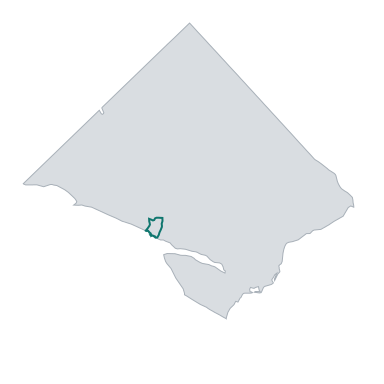 Safaga, Al Bahr al Ahmar, Egypt (highlighted), rotated 136°
{"feature_id": "37247803B18851026884182", "entity_name": "Safaga", "entity_type": "district", "adm_level": 2, "iso_a3": "EGY", "parent_name": "Egypt", "parent_adm1": "Al Bahr al Ahmar", "projection": "equal_earth", "projection_center": [33.857, 26.735], "detail": "fine", "context": "in_parent", "style": "outline", "palette": "teal", "viewbox_px": 384, "rotation_deg": 136, "n_neighbors": 0, "source": "geoboundaries", "source_scale": "gbopen_adm2", "svg_char_len": 4387}
<svg xmlns="http://www.w3.org/2000/svg" viewBox="0 0 384 384"><g transform="rotate(136 192 192)"><path d="M307.6,315.2L301.2,315.2L294.8,315.2L288.4,315.2L282.1,315.2L275.7,315.2L269.3,315.2L262.9,315.2L256.6,315.2L250.2,315.2L243.8,315.2L237.4,315.2L231.0,315.2L224.7,315.2L218.3,315.2L211.9,315.2L205.5,315.2L201.9,315.2L202.5,312.9L202.9,311.3L202.5,310.1L201.3,309.9L200.4,310.2L198.5,315.1L197.5,315.3L195.2,315.3L187.8,315.3L180.4,315.3L173.0,315.3L165.5,315.3L158.1,315.3L150.7,315.3L143.3,315.3L135.8,315.3L128.4,315.3L121.0,315.3L113.6,315.3L106.1,315.3L98.7,315.2L91.3,315.2L83.8,315.2L76.4,315.2L76.5,309.4L76.7,303.5L76.8,297.7L76.9,291.9L77.1,286.0L77.2,280.2L77.3,274.4L77.5,268.6L77.6,262.8L77.8,256.9L77.9,251.1L78.0,245.4L78.2,239.6L78.3,233.8L78.5,228.0L78.6,222.2L78.8,216.5L78.9,210.7L79.1,205.0L79.2,199.2L79.4,193.5L79.5,187.7L79.7,182.0L79.8,176.3L80.0,170.6L80.1,164.8L80.3,159.1L80.5,153.4L80.6,147.8L80.8,142.1L80.9,136.4L81.1,130.7L81.0,129.7L80.0,125.8L79.2,120.9L78.4,114.9L78.3,113.0L76.8,106.8L76.7,105.1L77.1,103.8L80.1,98.6L81.1,96.1L81.9,93.1L82.2,90.6L81.5,86.9L80.6,83.5L80.4,80.1L80.4,76.7L81.9,74.4L83.7,72.2L84.4,70.9L85.5,69.4L86.2,68.7L87.5,71.7L90.4,72.3L100.1,69.6L110.5,72.3L116.3,73.3L125.3,75.6L130.6,79.8L132.1,80.3L136.0,80.2L138.6,82.6L148.8,83.8L154.2,86.5L157.3,88.6L159.2,89.3L160.8,89.2L163.1,88.4L165.9,86.9L169.0,84.8L175.4,79.4L177.7,78.4L179.1,78.7L180.9,78.6L181.7,77.2L182.6,76.2L183.2,75.0L184.2,73.6L187.5,73.3L194.1,70.9L193.4,72.0L187.3,74.7L189.9,75.0L192.5,74.1L195.5,73.5L196.1,72.4L196.5,70.3L197.1,70.0L199.2,70.4L205.3,73.6L206.9,73.7L211.2,71.9L212.2,71.6L213.6,72.5L216.8,76.6L215.6,76.5L212.2,73.0L211.9,74.7L209.9,77.8L212.4,79.1L214.3,79.6L215.4,81.2L216.1,82.7L218.0,82.1L219.5,80.0L218.7,78.9L218.3,77.7L218.9,77.7L220.3,78.7L224.2,82.5L225.5,83.3L227.0,83.2L230.2,82.1L231.1,82.3L235.4,80.9L235.9,81.9L236.6,83.0L240.0,81.8L245.4,81.8L249.8,80.5L255.0,77.5L255.4,77.0L255.6,77.8L256.3,79.9L257.8,85.2L259.2,89.4L260.9,95.2L261.4,97.4L261.6,98.9L264.1,105.3L265.5,110.6L266.6,114.8L268.1,121.1L268.8,123.3L267.7,124.4L265.6,128.5L263.4,141.4L260.2,151.6L259.8,157.9L259.3,160.2L257.8,163.5L255.9,166.6L252.6,165.0L247.1,159.4L244.0,154.2L240.6,150.8L237.4,146.2L236.6,143.0L236.6,140.9L235.2,135.9L234.2,133.5L230.3,128.1L229.2,125.2L228.4,124.0L227.5,122.2L226.2,115.2L224.6,110.8L222.9,112.0L223.2,113.9L221.7,116.4L220.7,119.4L221.4,121.8L224.6,125.6L225.2,127.2L225.9,130.7L225.8,135.5L226.3,137.1L228.7,140.7L229.5,142.8L230.0,144.7L230.8,146.3L233.2,149.4L236.5,155.4L239.8,159.4L242.1,161.3L243.1,163.2L243.3,168.2L243.1,170.6L245.2,175.1L245.9,177.4L247.9,179.3L248.8,181.4L249.7,184.8L250.9,195.1L252.7,197.6L258.0,211.1L262.6,219.6L264.8,226.0L268.1,233.8L274.8,250.9L278.7,256.2L280.3,259.2L283.1,261.5L286.2,264.8L283.3,264.5L282.5,264.7L281.5,265.2L281.0,267.3L280.8,268.9L281.2,277.6L282.0,282.1L284.7,290.5L286.6,293.0L287.5,294.7L288.9,295.9L295.0,298.8L298.6,304.9L306.7,312.6L307.6,314.7L307.6,315.2Z" fill="#d9dde1" stroke="#a8b0b8" stroke-width="1"/><path d="M231.3,193.9L232.9,195.6L234.1,196.9L235.5,198.2L236.9,198.7L237.0,198.7L238.6,198.1L239.9,198.7L240.5,200.4L241.5,202.5L243.3,200.4L243.9,199.2L244.9,197.8L246.1,197.3L248.9,196.7L252.2,196.3L252.2,196.2L251.9,195.8L251.7,195.7L251.6,195.4L251.4,195.4L251.3,195.2L251.2,195.1L250.9,195.0L250.7,194.9L250.7,194.7L250.5,194.4L250.5,194.2L250.6,193.9L250.6,193.4L250.7,193.1L250.6,192.8L250.7,192.6L250.8,192.6L250.9,192.4L250.8,192.2L250.7,192.1L250.6,191.7L250.5,191.4L250.8,191.1L250.8,190.9L250.7,190.8L250.7,190.6L250.8,190.5L250.8,190.3L250.9,190.2L251.0,190.2L251.1,189.8L251.1,189.7L251.3,189.7L251.3,189.8L251.5,190.0L251.8,190.1L251.8,189.9L251.8,189.7L251.7,189.6L251.6,189.4L251.5,189.2L251.6,188.8L251.7,188.7L251.4,188.6L251.2,188.9L251.1,188.7L251.0,188.4L250.8,188.2L250.7,188.0L250.6,187.9L250.5,187.7L250.4,187.4L250.3,187.0L250.2,187.0L250.2,186.9L250.3,186.8L250.2,186.6L249.8,186.3L249.9,186.2L250.0,186.1L250.0,185.9L249.9,185.8L249.8,185.7L249.7,185.5L249.6,185.3L249.6,185.1L249.7,184.9L249.8,184.9L249.9,185.0L250.0,185.0L250.0,184.9L249.9,184.8L249.9,184.6L249.7,184.4L249.7,184.2L249.4,184.0L249.2,183.9L249.0,183.7L248.9,183.7L248.6,183.5L248.5,183.4L245.7,184.2L243.5,185.5L240.8,186.5L237.9,187.8L237.0,188.7L235.9,190.2L233.4,191.6L231.3,193.9Z" fill="none" stroke="#0f766e" stroke-width="2"/></g></svg>